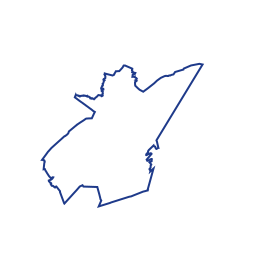 the district of San Luis Amatlán, Oaxaca, Mexico, rotated 48°
{"feature_id": "50627088B42859647725338", "entity_name": "San Luis Amatlán", "entity_type": "district", "adm_level": 2, "iso_a3": "MEX", "parent_name": "Mexico", "parent_adm1": "Oaxaca", "projection": "equal_earth", "projection_center": [-96.504, 16.471], "detail": "fine", "context": "isolated", "style": "outline", "palette": "blue", "viewbox_px": 256, "rotation_deg": 48, "n_neighbors": 0, "source": "geoboundaries", "source_scale": "gbopen_adm2", "svg_char_len": 5458}
<svg xmlns="http://www.w3.org/2000/svg" viewBox="0 0 256 256"><g transform="rotate(48 128 128)"><path d="M80.4,121.2L80.9,121.7L81.2,121.7L81.7,121.5L82.1,120.3L82.3,120.1L82.8,120.4L82.9,120.5L82.6,121.0L82.4,121.4L82.2,121.8L82.6,122.6L82.9,122.8L83.4,122.4L83.6,122.2L83.9,122.2L84.3,122.6L84.4,122.8L84.9,123.3L85.4,123.5L85.6,123.7L85.7,123.9L85.8,124.1L85.7,124.4L85.9,124.7L86.4,124.8L86.8,124.9L87.0,125.1L86.9,125.9L86.8,126.3L86.7,126.4L86.1,126.2L85.8,126.2L85.4,126.4L85.2,126.8L84.0,127.7L83.7,128.0L83.8,129.4L83.9,130.5L83.8,131.2L83.7,131.5L83.8,131.8L83.7,132.3L83.8,132.6L83.9,133.0L83.9,134.0L83.3,134.1L82.9,134.2L82.4,134.6L82.3,135.0L81.9,135.4L81.6,135.7L81.3,135.7L81.2,135.5L80.8,136.1L80.7,136.2L80.0,136.0L79.8,135.8L79.6,135.9L79.4,136.0L79.2,136.1L78.8,136.1L78.6,136.1L78.3,136.2L78.0,136.6L77.9,136.5L77.7,136.6L77.5,137.1L77.4,137.2L77.1,137.4L76.9,137.4L76.6,137.1L76.5,137.3L76.3,137.7L76.0,137.9L75.6,138.1L75.3,138.4L75.0,138.4L74.9,138.5L74.7,138.8L74.3,139.0L74.0,139.3L74.2,139.6L73.7,140.0L73.4,140.5L73.3,140.8L72.9,141.0L72.3,142.0L72.4,142.3L72.4,142.6L72.2,142.6L71.8,142.5L71.7,142.5L71.5,142.9L71.0,143.4L70.4,143.3L69.7,143.8L69.4,144.2L69.2,144.6L68.8,144.6L68.7,144.7L68.4,144.6L69.6,147.0L72.6,146.4L75.2,145.9L82.9,144.2L83.2,144.2L83.6,144.1L85.3,143.7L85.9,143.6L88.4,143.1L88.7,143.0L90.8,142.6L91.9,142.5L93.9,141.9L94.4,143.3L95.6,146.1L96.6,148.4L95.1,150.2L94.9,150.4L93.1,152.7L92.9,153.3L92.7,155.3L92.5,156.6L92.2,158.4L92.0,159.6L91.5,163.2L91.4,163.6L91.5,163.7L91.4,164.4L91.0,174.2L92.0,176.0L92.1,177.3L92.1,177.8L92.1,178.3L92.0,178.9L92.0,179.5L92.0,179.8L91.8,180.1L91.8,180.6L91.6,181.0L91.6,198.3L92.1,202.7L92.1,203.2L92.2,203.8L92.4,204.4L92.5,205.1L92.6,205.7L92.7,205.9L94.1,212.8L94.2,213.2L94.3,213.1L94.4,212.6L94.5,212.5L95.1,212.4L95.1,212.5L95.2,212.8L95.2,213.3L95.3,212.9L95.2,212.4L95.3,212.3L95.4,212.1L95.7,212.0L96.0,211.9L96.5,212.0L97.3,212.4L97.8,213.1L97.9,213.5L102.2,218.3L102.5,217.7L102.8,217.3L104.7,217.9L105.5,217.9L106.5,218.2L110.9,218.9L113.5,218.9L113.6,218.5L114.0,218.2L114.1,217.7L114.2,217.2L114.3,216.8L114.6,216.6L114.9,217.6L115.0,218.2L115.0,218.9L114.9,219.5L114.8,220.1L114.4,220.9L114.0,222.0L114.6,222.4L116.4,222.4L117.0,222.1L117.7,222.1L117.9,222.9L118.9,223.0L119.0,223.1L119.3,223.2L119.4,223.3L119.6,223.3L119.6,223.2L119.8,223.2L120.1,223.0L120.3,222.9L120.5,222.8L120.7,222.6L120.8,222.6L121.1,222.4L122.0,222.4L122.3,222.3L122.5,222.2L122.7,221.9L123.0,222.0L123.4,222.0L123.4,221.3L123.4,220.9L123.4,220.6L123.5,220.4L129.5,220.8L130.1,221.4L141.4,225.9L141.6,225.9L140.2,212.0L139.8,207.8L139.2,203.0L140.1,200.1L141.7,200.3L151.3,190.3L158.1,193.7L161.5,195.5L162.5,196.1L164.0,196.4L166.7,202.2L171.7,191.4L172.0,190.4L179.8,173.3L180.1,172.8L180.3,172.4L180.9,171.5L181.9,168.7L185.4,159.3L186.6,157.1L187.0,156.2L187.3,155.4L187.6,155.2L187.4,154.7L187.1,154.8L175.2,136.2L175.2,140.4L175.0,140.1L174.8,139.8L174.6,139.7L174.2,139.5L174.0,139.4L173.8,139.8L173.5,139.8L173.1,139.7L172.8,139.4L172.8,139.2L172.7,138.2L172.6,137.9L172.4,137.7L172.3,137.4L171.3,136.6L171.0,136.1L170.9,135.9L170.9,135.6L170.9,135.4L170.7,135.1L167.9,135.0L168.1,134.0L168.3,133.4L168.5,132.9L168.5,132.6L168.4,132.5L168.2,132.3L167.8,132.1L167.6,131.9L167.3,131.4L167.1,131.1L166.8,131.2L166.6,131.5L166.4,132.1L166.2,132.5L166.0,133.6L166.0,134.1L165.8,134.5L165.6,134.9L165.3,135.6L164.0,135.3L163.0,127.8L162.7,127.7L162.1,127.9L161.8,128.2L161.6,128.6L161.5,129.0L161.2,130.0L160.8,131.0L160.7,132.0L160.6,132.3L160.5,132.5L160.4,132.6L160.2,132.6L159.8,132.0L159.6,131.4L159.6,130.9L159.6,130.3L159.7,130.2L159.6,129.8L159.5,129.5L159.4,129.3L159.1,129.1L158.6,128.5L158.6,128.2L158.5,127.9L158.3,127.3L158.1,120.7L158.7,121.0L159.0,120.9L159.4,120.5L159.8,120.4L160.1,120.3L160.3,120.4L160.6,120.6L161.0,120.8L161.6,120.9L162.0,121.0L162.3,121.0L162.6,120.9L162.7,120.7L162.7,120.2L162.8,119.7L162.9,119.1L163.0,118.8L163.1,118.7L159.6,116.8L157.3,115.5L157.1,115.5L156.2,115.1L130.7,30.1L128.1,32.0L123.7,39.3L121.4,46.1L121.3,46.4L121.2,46.7L121.3,47.0L121.4,47.3L121.4,47.6L121.6,47.8L117.9,55.5L118.6,58.4L117.8,59.8L117.6,60.3L117.4,60.8L117.3,61.4L117.0,61.7L116.6,62.1L116.4,62.5L116.4,63.1L116.1,63.5L115.7,64.0L115.3,64.2L115.0,64.5L114.7,65.0L114.3,65.3L114.1,65.8L113.9,66.2L112.7,70.0L112.2,74.7L112.3,78.7L111.8,86.3L111.7,87.5L111.2,92.4L107.3,93.8L106.2,93.9L105.6,94.0L104.4,94.1L102.8,94.2L101.4,94.3L100.0,93.3L98.6,92.1L98.7,90.8L98.7,90.1L97.5,90.4L97.7,89.6L97.1,88.9L97.2,88.5L96.5,88.4L94.9,88.9L94.4,88.6L94.4,89.1L93.7,89.5L92.9,90.5L91.5,88.8L92.4,86.6L92.0,85.7L91.1,86.3L90.9,86.6L90.6,86.8L90.4,87.1L89.8,87.2L89.4,87.5L89.0,86.7L88.7,86.8L87.9,86.6L87.5,86.2L87.2,85.9L87.2,85.5L87.1,85.4L86.8,85.1L78.7,88.8L78.7,88.7L79.5,92.2L79.9,96.4L77.7,99.1L78.0,99.7L78.1,100.2L78.3,100.7L78.6,102.0L79.0,102.4L79.1,102.9L78.9,103.4L78.7,104.3L72.1,108.7L71.7,108.8L71.6,109.3L71.4,109.5L71.5,109.4L71.8,109.5L72.2,109.2L73.0,109.2L73.3,109.8L73.5,110.0L73.9,109.9L74.8,110.5L75.3,111.2L75.6,111.3L75.8,111.6L75.8,111.9L75.8,112.3L75.4,113.0L75.4,113.4L75.5,113.8L76.1,114.1L76.2,113.9L76.4,113.8L76.7,113.6L76.9,113.6L76.9,113.8L76.8,114.2L76.9,114.5L77.1,114.6L77.2,114.8L77.4,115.2L77.6,115.5L78.0,116.1L78.2,116.6L78.2,117.1L78.3,117.1L78.9,117.8L79.1,117.7L79.3,117.8L79.4,118.0L79.3,118.8L79.5,119.1L79.8,119.1L79.9,119.3L80.0,120.3L80.1,120.6L80.4,121.2Z" fill="none" stroke="#1e3a8a" stroke-width="2"/></g></svg>